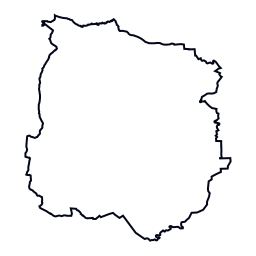 Ilieni, Covasna, Romania
{"feature_id": "2599482B87460313327434", "entity_name": "Ilieni", "entity_type": "district", "adm_level": 2, "iso_a3": "ROU", "parent_name": "Romania", "parent_adm1": "Covasna", "projection": "robinson", "projection_center": [25.742, 45.805], "detail": "fine", "context": "isolated", "style": "outline", "palette": "ink", "viewbox_px": 256, "rotation_deg": 0, "n_neighbors": 0, "source": "geoboundaries", "source_scale": "gbopen_adm2", "svg_char_len": 5648}
<svg xmlns="http://www.w3.org/2000/svg" viewBox="0 0 256 256"><path d="M150.0,240.6L150.5,240.6L151.2,240.2L151.8,240.0L153.4,240.1L154.2,239.6L154.8,239.4L156.0,240.3L156.5,240.4L157.2,240.1L157.7,239.1L158.1,238.7L159.3,238.2L159.5,237.8L159.0,237.5L157.8,237.7L156.6,237.1L156.1,236.7L155.9,236.1L156.0,235.5L156.7,235.1L157.8,235.1L158.9,235.5L159.9,235.3L160.3,234.9L160.1,233.5L160.3,232.8L161.2,231.9L162.2,231.3L162.9,230.5L163.4,230.6L164.1,231.4L164.7,231.6L165.6,230.5L166.1,230.3L167.3,230.5L168.3,230.4L169.2,229.7L170.6,229.1L170.7,228.6L170.6,227.9L170.4,227.5L169.4,226.8L169.4,226.6L169.8,226.2L170.9,226.1L171.7,226.3L172.5,227.0L173.3,227.2L177.8,226.8L178.5,227.0L179.9,228.2L180.5,228.4L182.8,228.3L182.9,227.8L182.8,227.1L181.5,226.2L181.3,225.7L181.1,224.0L181.4,222.5L182.0,222.1L184.7,221.8L185.5,221.3L186.3,220.2L189.0,218.0L191.6,212.8L197.1,212.5L203.0,209.9L203.4,209.5L207.1,204.5L206.9,203.6L207.1,203.0L207.0,201.8L209.1,196.6L209.5,193.9L209.7,193.6L209.7,193.1L208.3,191.3L207.9,188.9L208.7,181.3L211.7,179.4L211.6,176.6L216.9,173.8L220.9,172.0L220.7,168.8L227.6,168.6L227.9,167.8L227.8,166.3L230.6,161.5L230.3,158.1L220.1,158.4L220.1,158.0L221.6,157.9L221.3,154.2L221.4,150.4L221.3,146.3L221.2,146.3L221.2,141.1L216.2,141.0L216.0,138.3L217.1,137.0L215.7,135.7L217.0,134.4L216.3,131.2L218.4,130.3L217.0,127.9L216.8,126.6L217.5,125.1L218.8,124.9L219.3,124.6L219.3,123.6L218.8,123.2L214.8,122.5L214.4,121.7L214.5,121.3L215.6,120.6L216.1,120.7L217.0,120.1L217.2,119.7L218.6,118.5L218.1,116.1L218.5,113.6L216.9,113.0L216.4,111.3L216.2,109.3L216.4,109.0L214.5,108.5L212.4,108.2L210.1,106.7L206.8,103.6L206.0,102.4L205.4,102.1L204.8,101.0L203.9,101.4L202.0,101.5L200.7,102.2L200.1,102.1L200.0,101.4L200.1,101.0L201.0,100.3L201.0,99.5L201.5,99.1L201.8,97.2L202.2,96.7L204.3,95.6L207.1,93.7L209.5,93.4L211.1,93.6L213.4,93.4L216.2,92.1L216.7,88.9L217.7,86.2L217.8,85.4L217.3,83.5L217.5,82.5L218.0,81.6L219.0,80.5L221.7,76.9L221.1,76.6L220.0,75.5L219.4,74.5L219.4,74.1L220.0,73.1L215.2,71.1L217.1,69.8L218.2,68.8L220.7,68.0L218.9,66.2L215.9,62.0L214.0,60.7L213.4,60.7L213.0,61.4L213.4,63.1L213.2,63.5L212.2,63.7L210.3,62.5L209.8,62.6L207.5,63.4L206.6,63.1L206.1,61.8L204.0,60.4L202.0,60.8L200.9,59.4L200.7,58.3L198.5,59.2L196.0,55.5L195.2,55.5L194.6,49.2L188.9,49.4L188.9,49.1L184.3,48.9L183.9,44.5L180.7,44.1L174.3,44.7L173.9,44.4L173.9,44.0L173.5,43.8L171.7,43.6L169.6,44.4L165.8,44.7L163.5,44.5L161.5,43.9L160.4,43.2L159.6,43.0L158.8,43.1L157.2,42.9L154.3,43.3L149.0,43.2L145.2,41.8L143.6,40.4L141.1,38.6L138.1,37.0L133.4,35.3L131.1,35.1L129.7,34.6L128.5,33.6L128.2,32.9L126.7,31.6L122.2,30.8L120.7,31.0L119.7,30.9L119.6,30.5L119.0,30.1L118.8,29.6L118.3,27.4L118.5,26.5L117.4,25.2L116.8,24.8L116.4,23.2L115.8,22.3L115.7,21.3L113.7,19.2L112.3,20.2L112.5,20.7L112.3,20.9L112.0,21.0L111.3,20.6L110.7,20.9L110.6,21.3L110.0,21.2L110.2,21.3L110.2,21.5L109.7,21.7L109.6,21.9L108.1,21.5L107.9,21.7L108.1,21.8L107.3,22.3L107.2,22.3L107.3,22.0L107.1,21.9L106.5,22.2L106.0,23.2L105.1,23.5L104.4,23.1L104.2,23.4L103.8,23.2L102.8,23.1L102.4,22.7L102.1,22.8L102.0,23.4L101.8,23.5L99.6,23.3L99.2,23.5L98.5,24.9L98.0,24.9L97.2,24.6L97.1,24.4L97.8,23.8L96.5,23.3L95.6,24.0L94.8,23.9L93.1,24.2L92.4,24.1L92.0,23.6L91.5,23.6L91.1,23.9L91.0,24.3L88.7,24.8L88.4,24.8L88.3,24.6L88.1,24.6L87.7,25.2L85.5,25.9L83.9,25.6L83.3,25.6L83.0,26.4L82.7,26.8L82.3,26.8L81.5,26.2L81.2,26.4L81.3,26.6L80.9,26.5L80.7,25.9L80.4,25.8L79.3,25.8L78.0,25.2L77.7,24.7L76.3,24.3L75.6,23.8L73.9,22.5L71.9,20.0L69.9,19.7L69.4,19.2L68.0,18.9L67.3,18.4L62.9,17.9L59.8,17.2L55.3,15.7L54.9,15.4L54.9,19.0L54.2,19.8L54.2,20.1L50.6,22.1L47.5,21.6L47.3,21.2L42.8,21.1L42.2,21.4L42.3,21.9L42.9,22.3L43.3,22.3L44.0,21.9L44.3,21.9L44.0,22.3L44.0,22.9L42.4,24.8L42.3,25.7L43.0,25.7L45.2,24.3L53.0,30.4L52.1,32.8L50.8,34.4L50.4,37.5L50.1,38.1L49.3,38.8L50.0,39.7L51.2,43.1L51.7,43.6L52.0,43.7L53.0,44.6L55.6,46.1L56.6,47.1L56.6,47.8L56.9,48.5L56.2,49.6L55.4,49.8L55.4,50.2L55.2,50.4L54.2,50.9L53.4,51.5L52.5,52.7L51.8,53.0L49.7,54.9L49.6,55.4L49.1,56.3L49.0,57.1L49.1,57.5L48.3,59.0L48.3,59.5L46.8,61.4L46.6,61.9L45.6,63.3L45.3,64.2L44.6,64.9L44.1,66.0L43.8,67.1L42.3,68.7L42.6,69.8L42.5,70.3L41.8,72.2L40.8,73.9L40.2,77.5L39.5,78.2L39.5,79.2L40.1,82.8L40.0,83.3L39.3,84.6L39.4,86.5L39.0,89.1L39.5,91.6L39.7,93.6L40.0,94.9L40.0,98.2L39.5,102.3L38.8,104.4L38.7,109.1L39.2,111.8L38.9,113.3L39.5,114.0L39.7,116.8L41.2,120.1L42.9,123.1L43.0,123.6L42.4,125.3L42.3,127.8L39.9,130.6L39.8,132.3L40.0,133.1L39.5,134.4L38.3,135.3L38.0,136.0L37.2,137.0L36.5,137.1L35.2,137.8L34.6,137.9L32.7,137.1L31.1,136.8L29.5,135.6L27.4,136.1L27.1,136.8L26.3,146.4L27.1,149.4L26.9,150.6L26.5,151.7L25.5,153.0L25.4,153.8L25.5,156.8L28.6,157.7L29.2,157.6L30.0,158.3L29.3,161.5L29.0,164.1L28.6,165.3L28.3,167.7L28.4,169.6L28.2,170.6L27.3,171.7L26.8,173.5L26.3,174.6L27.9,175.1L29.4,174.9L30.6,175.4L31.0,180.7L30.4,181.2L29.9,182.0L29.8,183.4L29.1,186.5L29.2,187.7L29.6,188.6L30.2,189.3L32.8,190.5L33.3,191.3L36.4,193.6L36.6,194.5L37.4,195.7L39.3,195.7L41.1,196.8L41.8,196.9L42.0,197.5L42.2,199.9L41.9,202.0L42.4,203.0L41.6,204.8L39.4,206.3L40.2,208.0L46.5,211.2L50.3,213.8L50.6,213.5L53.8,215.9L54.9,216.3L56.2,216.3L58.0,215.7L59.4,215.6L61.8,216.1L63.8,215.4L65.3,215.4L67.3,215.8L71.3,215.8L71.9,213.5L70.8,208.4L76.1,208.8L77.1,210.2L78.4,210.6L80.4,212.6L80.8,213.3L80.7,213.8L82.7,215.6L82.9,215.4L85.3,217.6L86.2,218.1L87.7,218.3L92.7,217.9L92.9,218.8L94.8,219.0L95.9,218.9L99.5,215.8L100.8,217.2L109.5,213.9L113.0,212.9L115.2,214.9L119.5,217.9L123.0,215.7L135.7,232.8L144.7,239.0L146.4,238.4L147.4,238.4L148.3,238.8L149.0,239.4L150.0,240.6Z" fill="none" stroke="#020617" stroke-width="2"/></svg>